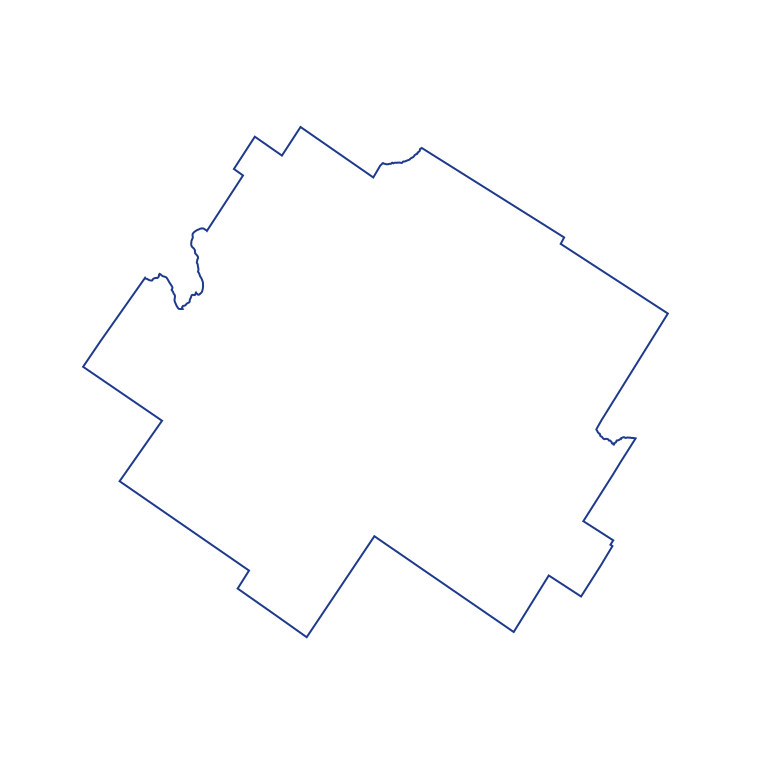 the district of Junín, Buenos Aires, Argentina, rotated 349°
{"feature_id": "61730980B70981491758335", "entity_name": "Junín", "entity_type": "district", "adm_level": 2, "iso_a3": "ARG", "parent_name": "Argentina", "parent_adm1": "Buenos Aires", "projection": "natural_earth1", "projection_center": [-61.022, -34.547], "detail": "fine", "context": "isolated", "style": "outline", "palette": "blue", "viewbox_px": 768, "rotation_deg": 349, "n_neighbors": 0, "source": "geoboundaries", "source_scale": "gbopen_adm2", "svg_char_len": 4365}
<svg xmlns="http://www.w3.org/2000/svg" viewBox="0 0 768 768"><g transform="rotate(349 384 384)"><path d="M351.1,115.8L327.4,140.3L304.4,116.6L277.7,144.3L285.4,152.4L239.4,199.9L239.1,199.3L238.5,198.9L237.3,197.7L236.4,196.9L235.0,196.5L233.1,196.5L231.8,196.9L230.0,197.2L228.4,197.8L226.5,198.7L225.6,199.4L224.9,200.1L224.4,201.4L224.4,202.5L224.3,203.5L223.9,204.5L223.2,205.4L222.3,206.8L221.9,208.3L221.5,209.5L221.3,211.0L221.6,212.4L222.4,213.7L223.2,214.7L223.7,215.9L223.9,216.9L223.7,217.9L223.7,219.0L223.6,219.8L224.3,220.8L225.1,222.3L225.5,223.2L225.6,223.6L225.5,224.7L225.2,225.5L224.5,226.2L224.2,227.1L224.0,227.8L223.6,228.4L223.4,229.4L223.8,230.2L223.9,231.0L223.8,232.4L223.8,233.8L223.8,235.6L223.4,237.3L222.8,238.3L223.6,240.0L223.8,241.4L224.1,243.4L224.7,244.7L225.1,246.2L225.4,247.8L225.6,249.9L225.4,251.2L225.2,252.7L224.9,253.9L224.5,255.2L224.2,256.2L223.5,257.6L223.1,258.5L222.4,259.3L221.8,259.7L220.9,260.2L220.2,260.7L219.4,261.0L218.6,260.9L218.1,260.3L217.8,259.8L217.3,259.4L217.1,258.9L216.9,258.4L216.4,258.9L216.2,259.4L215.9,260.0L215.3,260.6L214.5,260.5L213.7,260.1L212.8,259.9L212.0,260.3L211.5,261.2L211.1,262.0L210.5,262.9L209.5,264.1L209.2,265.1L208.9,266.2L208.1,266.8L207.0,267.0L205.9,267.4L205.2,267.9L204.3,268.6L203.3,269.1L202.4,269.0L201.6,269.0L200.9,269.6L200.4,270.2L200.6,271.0L200.7,271.9L199.9,271.8L199.1,271.7L198.2,271.5L197.2,271.2L196.6,270.7L196.1,269.7L195.7,268.6L195.3,267.5L195.0,266.2L194.5,264.1L194.3,262.6L194.4,261.4L194.9,260.0L195.4,258.7L195.6,257.3L195.4,256.3L194.8,255.3L194.6,254.0L194.3,252.7L193.8,252.0L193.5,251.0L193.9,250.6L194.4,249.9L194.7,249.1L194.7,248.4L194.5,247.7L193.9,246.2L193.2,244.5L192.6,243.0L192.2,241.7L191.7,240.3L191.2,238.9L190.6,237.8L189.2,236.8L187.8,236.2L186.7,235.3L186.3,234.8L185.8,234.0L184.8,233.1L184.1,233.7L183.8,234.7L183.5,235.3L182.9,236.1L181.8,236.7L180.6,236.4L179.5,236.3L178.2,236.5L177.2,237.0L176.6,237.7L176.2,238.1L175.6,238.1L174.9,237.9L174.1,237.6L173.3,237.2L172.5,236.5L171.7,235.8L171.3,235.5L170.3,235.2L169.9,234.8L169.7,234.2L113.6,288.1L91.9,309.7L159.1,377.7L105.9,429.0L215.9,541.4L201.3,556.9L231.6,588.3L259.8,617.8L345.5,531.6L464.0,652.2L509.2,603.4L536.9,630.2L561.9,603.8L577.3,586.7L575.6,585.0L579.2,581.2L553.5,556.7L590.7,517.4L601.6,505.5L620.6,485.4L620.0,485.1L619.2,484.9L618.4,484.6L617.4,484.3L616.4,484.1L615.2,483.5L614.3,483.5L613.3,483.1L612.6,482.9L612.0,483.0L611.0,483.1L610.2,482.6L609.4,482.0L608.4,482.0L607.2,482.3L606.6,482.3L606.3,483.1L605.9,483.4L605.2,483.3L604.5,483.4L604.0,483.8L603.0,484.0L601.9,483.8L601.5,484.0L601.1,484.7L600.5,485.5L599.9,485.7L599.1,486.0L598.7,486.1L598.6,486.7L598.1,487.4L597.7,487.2L597.5,486.7L597.2,486.0L596.5,485.8L596.3,485.1L596.3,484.4L595.8,483.6L595.4,482.8L594.7,482.6L594.0,482.4L593.8,481.9L593.7,481.3L593.1,480.8L592.4,480.5L591.6,480.2L590.9,480.1L590.2,480.2L589.7,480.2L589.3,479.9L589.0,479.5L588.7,479.2L588.3,478.6L588.2,478.1L587.8,477.4L587.3,477.1L586.9,476.6L586.5,476.3L586.4,475.8L586.4,475.4L586.4,474.7L586.3,474.1L585.6,473.6L585.3,473.2L585.2,472.8L584.8,472.4L584.6,471.8L584.5,471.2L584.4,470.7L584.1,470.2L583.9,469.8L583.9,469.4L583.8,469.0L590.8,460.8L676.1,369.0L652.0,345.7L584.2,280.2L588.8,274.5L466.2,159.6L466.0,159.8L465.7,159.9L465.3,159.9L464.9,159.9L464.6,160.2L464.2,160.3L464.0,160.6L463.9,161.0L463.7,161.7L463.3,162.2L462.7,162.5L462.3,162.7L462.0,162.9L461.4,163.1L461.3,163.5L461.0,163.6L460.8,163.8L460.6,164.2L460.3,164.1L459.9,164.3L459.7,164.6L459.3,164.7L458.9,164.7L458.3,165.0L458.0,165.1L457.5,165.4L457.1,166.0L456.6,166.4L456.0,166.8L455.5,167.0L454.8,167.1L454.2,167.4L453.7,167.4L453.1,167.8L452.6,168.1L451.9,168.5L451.3,168.8L450.5,168.8L449.7,169.0L449.0,169.1L448.3,169.2L447.7,169.3L447.2,169.5L446.2,169.5L445.5,169.3L444.8,169.5L444.5,169.9L444.0,170.3L443.5,170.4L443.0,170.2L442.0,169.8L441.6,169.7L441.1,169.5L440.3,169.4L439.6,169.3L438.9,169.4L438.3,169.1L437.5,169.0L436.5,168.9L435.9,169.0L435.4,169.2L434.8,168.9L434.5,168.4L434.1,168.4L433.6,168.7L432.8,169.2L432.0,169.0L431.2,168.9L430.5,168.9L430.0,169.1L429.5,169.0L428.9,168.9L428.5,168.9L428.0,168.6L427.2,168.2L426.7,168.0L426.1,167.8L425.8,167.5L425.4,167.1L424.7,167.0L424.2,167.4L423.6,167.9L423.0,168.3L422.3,168.7L422.0,168.9L412.9,179.2L351.1,115.8Z" fill="none" stroke="#1e3a8a" stroke-width="2"/></g></svg>